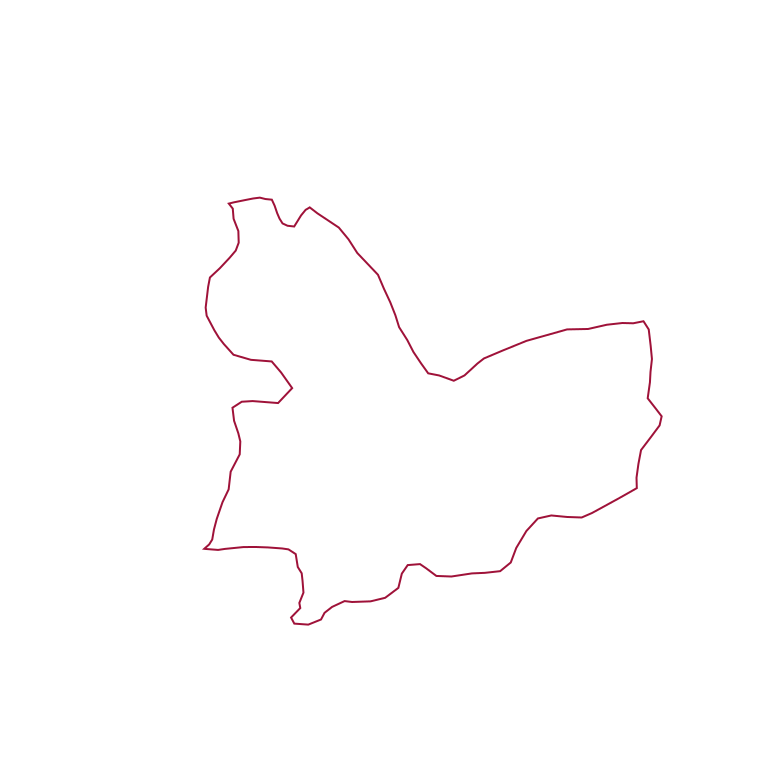 Agstafa District, Ağstafa, Azerbaijan (Albers equal-area conic projection), rotated 142°
{"feature_id": "54616110B36354954300290", "entity_name": "Agstafa District", "entity_type": "district", "adm_level": 2, "iso_a3": "AZE", "parent_name": "Azerbaijan", "parent_adm1": "Ağstafa", "projection": "albers", "projection_center": [45.48, 41.215], "detail": "fine", "context": "isolated", "style": "outline", "palette": "rose", "viewbox_px": 768, "rotation_deg": 142, "n_neighbors": 0, "source": "geoboundaries", "source_scale": "gbopen_adm2", "svg_char_len": 1822}
<svg xmlns="http://www.w3.org/2000/svg" viewBox="0 0 768 768"><g transform="rotate(142 384 384)"><path d="M627.1,364.8L626.3,364.0L616.9,355.4L610.9,352.0L595.1,342.0L585.5,334.6L576.1,326.7L565.5,317.1L561.1,312.5L558.3,304.3L564.6,292.9L565.4,285.5L569.4,279.0L575.9,269.2L585.5,263.6L587.9,259.0L601.0,257.2L602.2,250.4L591.8,241.0L578.6,237.2L571.7,240.3L562.1,240.3L548.7,237.2L543.4,231.9L528.4,221.0L514.7,214.8L498.2,214.5L486.7,223.6L476.8,226.7L466.5,219.9L464.3,213.0L460.9,200.5L449.4,190.8L431.3,180.6L420.8,173.1L407.7,165.0L394.0,165.3L380.7,173.4L362.3,180.5L345.5,183.3L333.1,177.4L321.6,166.5L310.4,157.1L299.6,154.3L270.4,149.5L248.9,146.3L242.7,154.7L232.7,164.4L222.1,173.7L206.9,177.7L192.3,181.7L185.1,187.6L185.0,197.9L185.0,210.4L173.4,221.6L166.6,229.4L157.5,238.7L150.3,250.0L141.8,264.0L140.9,273.4L140.9,273.7L150.2,278.4L158.6,285.3L171.9,293.5L189.3,301.7L206.1,314.3L245.2,330.3L269.5,337.2L289.5,342.6L297.8,342.6L315.3,341.2L327.0,343.6L335.3,356.8L342.6,365.2L342.1,377.4L341.1,391.1L338.6,404.3L337.1,419.5L332.7,431.2L328.8,444.4L325.4,459.1L321.5,473.8L324.4,503.7L322.9,519.9L323.3,535.1L331.4,559.5L333.8,568.9L336.5,569.2L338.5,569.5L345.6,567.9L357.8,563.4L362.6,568.1L365.1,573.0L364.5,578.7L363.0,584.4L360.4,591.9L358.9,598.3L363.6,602.8L367.1,607.3L373.0,610.8L379.3,614.0L390.5,619.6L395.2,621.7L395.2,615.3L400.8,606.8L404.6,594.2L411.5,584.8L418.7,580.4L428.0,578.5L442.1,576.3L455.6,575.1L462.8,568.8L477.5,554.0L481.7,547.0L484.6,530.8L485.6,522.3L485.6,514.1L484.6,499.7L474.0,485.0L458.6,470.9L458.0,456.4L458.9,437.3L479.2,434.2L498.0,451.4L507.0,457.6L518.0,458.6L524.8,447.3L529.2,434.7L532.6,427.2L541.0,417.4L558.8,409.3L571.3,396.6L584.0,390.3L598.8,380.7L607.6,374.0L615.1,367.2L620.5,365.2L627.1,364.8Z" fill="none" stroke="#9f1239" stroke-width="2"/></g></svg>